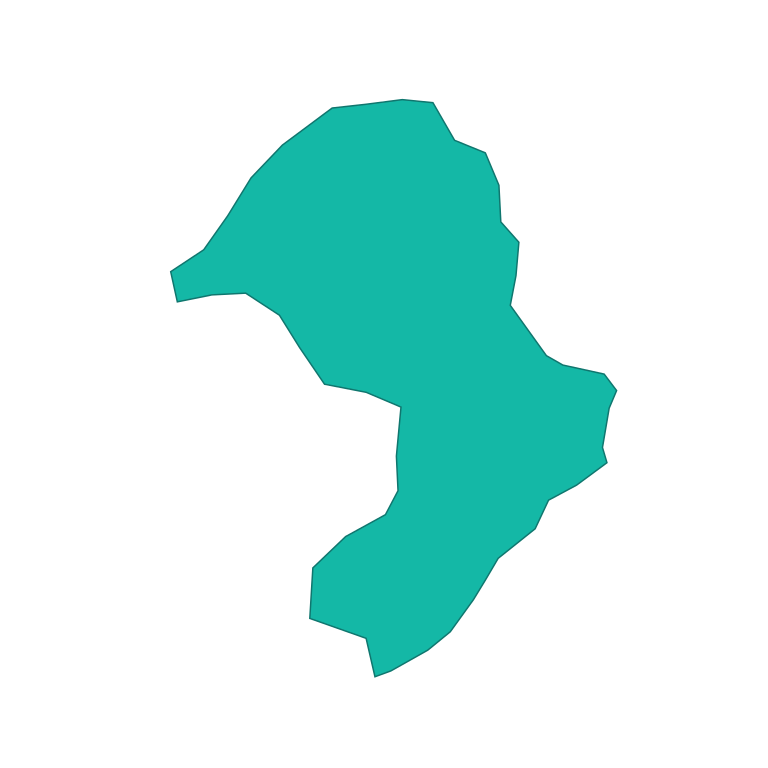 outline of Kouka, Limassol, Cyprus, rotated 106°
{"feature_id": "46923920B99652705680289", "entity_name": "Kouka", "entity_type": "district", "adm_level": 2, "iso_a3": "CYP", "parent_name": "Cyprus", "parent_adm1": "Limassol", "projection": "mercator", "projection_center": [32.894, 34.853], "detail": "fine", "context": "isolated", "style": "filled", "palette": "teal", "viewbox_px": 768, "rotation_deg": 106, "n_neighbors": 0, "source": "geoboundaries", "source_scale": "gbopen_adm2", "svg_char_len": 795}
<svg xmlns="http://www.w3.org/2000/svg" viewBox="0 0 768 768"><g transform="rotate(106 384 384)"><path d="M326.2,158.6L313.8,175.1L316.5,217.3L312.0,235.7L273.6,284.3L243.5,287.0L210.6,293.4L196.0,316.4L161.3,328.3L133.9,350.3L130.3,383.3L100.1,414.5L105.6,444.8L120.2,478.7L133.0,509.9L141.1,516.1L182.3,547.5L222.5,568.6L265.4,580.6L304.7,594.3L334.8,620.0L362.0,605.3L345.8,574.1L334.8,542.0L346.7,503.5L347.5,502.6L372.3,475.1L400.6,441.1L396.9,398.9L401.5,361.3L449.9,352.2L482.7,341.1L509.2,346.6L541.2,378.8L580.4,401.7L629.8,390.7L633.4,331.1L667.9,312.0L657.9,298.3L627.7,268.5L603.9,252.0L566.7,238.6L544.9,232.6L520.1,226.2L481.5,198.8L450.3,193.8L428.0,170.9L398.2,148.0L384.8,156.5L381.0,156.9L345.2,160.9L326.2,158.6Z" fill="#14b8a6" stroke="#0f766e" stroke-width="1.5"/></g></svg>